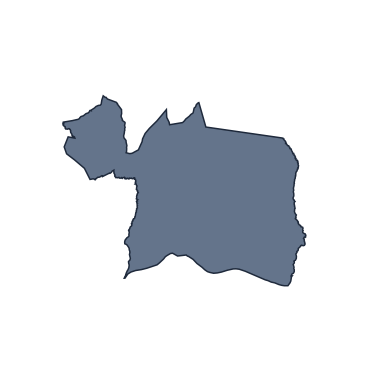 Mulobezi, Western, Zambia (Mercator projection), rotated 144°
{"feature_id": "96606910B3196683578902", "entity_name": "Mulobezi", "entity_type": "district", "adm_level": 2, "iso_a3": "ZMB", "parent_name": "Zambia", "parent_adm1": "Western", "projection": "mercator", "projection_center": [24.85, -16.28], "detail": "fine", "context": "isolated", "style": "filled", "palette": "slate", "viewbox_px": 384, "rotation_deg": 144, "n_neighbors": 0, "source": "geoboundaries", "source_scale": "gbopen_adm2", "svg_char_len": 6007}
<svg xmlns="http://www.w3.org/2000/svg" viewBox="0 0 384 384"><g transform="rotate(144 192 192)"><path d="M296.9,161.7L292.1,163.4L288.3,163.1L283.7,161.6L278.6,159.0L273.4,156.9L263.0,153.6L259.9,153.8L254.4,154.5L251.7,155.3L249.8,155.3L245.6,154.9L243.7,153.9L241.3,148.7L233.7,144.4L233.4,142.9L232.7,142.0L230.7,136.8L230.0,131.3L228.1,125.2L227.4,121.6L226.3,118.5L224.8,116.4L222.3,113.6L219.0,111.6L215.2,109.9L209.3,107.9L204.0,105.6L201.7,104.1L199.2,101.8L195.5,96.6L184.4,77.9L182.6,75.6L180.9,72.6L178.5,69.9L176.2,66.2L174.3,63.8L172.4,61.9L169.5,59.8L166.1,60.9L164.4,61.9L161.5,64.8L160.4,65.2L161.3,65.6L161.0,66.0L159.1,66.9L157.7,66.7L156.2,67.4L154.9,69.1L154.6,70.4L153.7,71.1L152.7,73.9L150.9,74.5L150.1,75.7L150.2,76.1L149.8,76.3L148.5,76.0L146.7,76.9L145.3,78.6L144.4,80.8L142.6,81.4L142.1,82.3L141.1,82.2L140.3,82.5L139.1,83.9L137.1,84.0L135.5,84.7L134.8,84.6L134.8,84.2L134.1,83.9L133.6,83.2L132.8,82.9L132.4,82.8L131.4,83.2L131.1,83.9L130.7,84.1L130.7,84.7L130.3,85.1L130.2,86.0L129.9,86.2L129.5,87.3L129.1,87.6L128.9,88.1L129.1,88.8L127.7,89.5L127.0,89.2L127.0,88.8L126.5,88.8L125.9,89.7L125.3,90.1L125.2,90.8L125.4,90.9L125.1,91.8L125.9,92.8L126.2,94.1L125.4,95.3L124.8,95.4L124.7,96.3L124.2,97.0L123.5,97.4L123.2,98.4L124.3,99.9L123.9,100.4L124.2,101.0L124.0,101.4L124.5,102.3L124.6,103.8L124.3,104.0L124.3,104.8L123.8,105.0L123.6,105.4L123.8,106.3L123.5,106.9L124.1,109.6L123.9,109.9L123.4,109.9L123.1,110.3L122.9,110.2L122.6,111.0L121.6,111.7L121.5,112.0L121.1,112.1L121.2,114.0L120.7,115.9L118.7,118.1L118.3,118.1L117.5,119.7L117.4,120.4L116.8,121.0L116.6,121.9L115.5,123.4L114.2,123.8L114.5,124.4L114.1,125.2L114.1,125.7L114.4,126.0L114.0,127.4L113.4,128.1L112.3,128.7L111.6,129.4L110.4,131.3L110.2,132.1L109.5,133.1L108.7,133.6L107.7,135.5L105.7,137.2L104.6,138.6L104.0,138.9L103.8,139.6L102.2,141.0L101.8,141.7L100.7,142.2L99.3,143.7L98.7,144.0L98.7,144.4L98.0,144.8L97.1,146.2L96.7,146.3L96.2,146.9L94.7,147.3L93.4,148.4L93.2,148.3L93.0,148.6L92.8,148.5L92.1,148.9L92.0,149.5L91.5,149.5L90.2,150.9L90.2,151.7L89.1,152.9L89.4,153.6L89.0,154.2L88.7,154.2L88.6,154.9L88.4,154.9L88.5,155.3L88.2,155.5L88.3,156.1L88.9,156.4L88.7,157.5L89.0,157.5L88.8,157.6L88.8,158.1L88.5,158.1L88.7,158.4L88.5,159.0L87.8,159.3L87.9,159.8L87.5,160.5L87.8,161.6L87.5,161.8L87.6,162.1L87.1,163.4L87.7,163.7L87.5,163.9L87.6,164.5L87.3,165.0L87.1,167.0L86.5,168.5L87.3,169.6L86.6,170.5L86.9,171.6L86.6,172.3L86.7,172.7L87.4,173.4L87.3,174.4L87.4,175.2L87.2,175.6L87.8,176.2L87.6,176.4L87.3,176.2L86.8,176.9L86.9,177.7L86.6,178.0L86.9,180.3L86.6,180.8L86.9,180.9L86.8,182.1L87.2,182.2L87.3,182.7L142.6,236.4L133.9,260.3L134.5,260.5L137.0,260.2L139.1,258.8L141.0,258.6L144.3,255.6L145.0,255.3L147.4,255.4L149.6,254.9L154.2,254.7L156.4,254.0L158.8,253.7L170.6,259.6L169.5,261.9L168.6,267.2L164.3,273.7L178.7,270.1L189.1,268.5L195.5,266.9L200.8,264.0L202.7,262.1L210.6,257.6L217.6,258.5L219.2,259.3L220.1,259.9L222.2,262.5L221.2,263.2L219.4,265.4L218.7,266.6L217.4,267.8L216.1,270.9L215.1,272.5L215.2,275.8L214.4,277.5L212.1,279.5L210.8,281.0L210.2,281.3L209.0,283.1L208.2,283.5L207.4,285.5L205.9,286.8L205.3,287.7L206.3,290.9L205.7,291.5L205.1,294.5L204.4,295.5L202.9,296.7L200.6,300.1L200.7,307.2L200.4,307.3L200.5,309.0L205.8,317.0L205.9,319.1L206.6,319.6L207.3,322.0L210.9,319.4L213.8,316.5L215.1,316.1L216.9,317.1L219.4,317.6L221.5,317.3L225.2,317.5L225.7,317.4L225.8,317.1L226.4,317.9L226.8,317.9L228.1,317.2L229.5,317.0L231.7,317.7L235.1,317.5L237.5,318.3L239.2,318.0L239.9,317.6L241.3,317.7L246.9,320.1L255.1,324.2L255.5,323.8L255.3,323.3L255.8,323.4L255.9,322.8L256.2,322.9L256.2,322.6L256.4,322.7L256.7,322.4L256.7,321.8L257.0,321.5L256.7,320.6L256.7,320.1L256.3,319.8L256.2,319.4L256.5,318.7L257.0,318.5L257.2,317.3L255.5,315.8L254.9,315.9L254.4,315.7L254.0,315.2L254.1,314.5L253.8,314.1L254.2,312.8L254.4,312.8L255.1,311.5L255.2,309.4L255.8,308.3L255.6,308.0L256.1,307.3L256.0,306.5L255.6,306.4L255.5,306.7L255.2,306.7L255.0,306.2L254.7,305.7L255.1,304.4L259.8,309.4L268.9,303.6L271.0,296.6L268.2,287.2L265.1,274.4L267.1,262.1L264.3,260.8L263.8,260.3L263.2,258.8L262.7,258.8L262.3,259.4L261.1,259.1L259.9,259.4L258.3,258.5L257.0,258.2L255.9,258.3L255.1,258.0L254.6,258.3L255.3,257.1L247.6,255.8L247.5,255.4L247.1,255.3L245.5,255.3L244.4,255.8L242.4,255.6L243.1,254.8L243.5,253.7L244.0,253.4L244.2,251.5L244.6,251.2L244.6,250.7L245.2,250.1L245.1,248.2L244.4,248.1L243.6,247.0L242.5,246.8L242.4,245.8L240.9,244.7L240.5,244.9L240.3,244.0L239.3,244.2L238.6,243.7L237.9,243.5L237.9,242.8L238.2,242.9L238.5,242.3L238.4,242.0L237.8,241.5L237.2,241.4L237.3,241.2L237.0,241.0L235.8,240.9L235.4,239.6L234.2,239.9L233.5,239.0L232.7,238.7L232.6,237.9L231.9,237.5L231.0,237.7L230.1,237.2L230.2,236.6L231.0,236.1L230.5,234.9L231.1,233.7L231.7,233.5L231.8,233.1L232.2,233.0L232.2,232.6L232.7,232.4L232.7,231.9L233.2,231.8L232.5,231.2L233.0,230.0L232.9,229.1L233.9,228.6L234.4,227.7L235.4,227.0L235.2,226.0L235.7,225.2L235.3,224.8L236.0,223.7L235.8,223.2L237.7,222.5L238.0,221.8L238.5,221.8L239.5,220.9L240.6,219.1L241.0,219.1L240.6,218.0L240.8,218.1L241.1,217.5L241.2,217.8L241.5,217.2L242.4,217.1L242.4,216.4L242.9,215.7L242.8,215.3L243.1,215.4L243.2,214.8L244.2,213.6L244.1,213.1L245.2,212.2L245.5,211.2L246.7,211.0L247.2,210.0L247.7,210.0L248.7,208.9L248.7,208.5L249.6,208.3L252.4,205.5L252.7,205.6L253.7,204.6L254.7,204.4L255.0,204.7L255.9,204.4L256.0,204.0L257.0,203.6L257.1,203.3L257.6,203.4L258.5,202.7L258.8,201.9L259.7,201.9L259.9,200.8L260.8,200.1L262.6,200.0L264.3,198.7L264.9,198.7L265.5,198.4L265.5,198.0L266.0,197.9L266.0,197.4L266.5,196.2L268.0,194.8L268.7,193.6L269.5,193.2L271.8,193.2L272.6,192.8L272.8,192.9L274.4,192.4L275.9,191.1L276.8,189.6L276.0,188.3L275.7,187.2L275.8,184.4L276.1,183.0L276.8,182.1L277.0,181.0L277.7,179.7L279.4,178.1L280.9,174.5L282.3,173.4L282.8,173.4L284.3,173.0L285.0,171.8L285.8,169.8L287.6,167.9L289.7,166.6L290.3,166.5L292.6,165.2L294.3,164.0L294.7,163.4L295.6,163.2L297.5,162.1L296.9,161.7Z" fill="#64748b" stroke="#1e293b" stroke-width="1.5"/></g></svg>